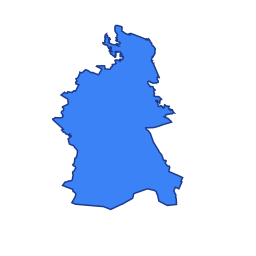 the district of Feimaņu pag., Rezeknes, Latvia, rotated 203°
{"feature_id": "27541924B82877950601433", "entity_name": "Feimaņu pag.", "entity_type": "district", "adm_level": 2, "iso_a3": "LVA", "parent_name": "Latvia", "parent_adm1": "Rezeknes", "projection": "robinson", "projection_center": [27.066, 56.267], "detail": "fine", "context": "isolated", "style": "filled", "palette": "blue", "viewbox_px": 256, "rotation_deg": 203, "n_neighbors": 0, "source": "geoboundaries", "source_scale": "gbopen_adm2", "svg_char_len": 6017}
<svg xmlns="http://www.w3.org/2000/svg" viewBox="0 0 256 256"><g transform="rotate(203 128 128)"><path d="M96.3,65.1L97.0,69.9L86.4,79.6L79.6,80.8L77.3,80.6L75.8,78.7L75.1,78.5L71.0,72.8L61.5,72.1L53.5,76.6L53.9,77.0L54.3,78.5L56.2,82.1L57.1,82.6L57.1,83.3L57.9,85.2L59.8,86.6L60.0,87.1L61.2,87.8L61.3,92.0L57.4,91.9L57.3,99.4L58.5,99.5L58.3,103.7L63.8,103.9L73.4,103.9L73.9,105.8L74.1,107.8L74.6,108.5L74.8,108.6L75.2,109.0L75.4,108.8L76.1,108.5L76.8,108.6L78.5,109.3L79.7,110.0L80.1,110.9L80.0,112.7L80.7,112.9L81.4,112.7L81.9,112.1L83.2,112.7L84.4,114.2L86.7,116.6L89.7,118.0L90.7,118.8L91.1,119.4L92.1,119.9L99.3,125.1L105.1,131.5L108.2,133.4L110.7,133.9L111.7,135.1L104.7,138.3L100.7,141.4L98.2,143.7L98.3,143.8L90.2,150.5L90.8,150.9L95.0,152.4L99.2,152.4L98.0,153.9L98.4,154.8L98.1,155.3L97.0,155.8L96.7,156.2L95.7,156.7L94.6,157.7L93.1,158.1L92.7,159.3L91.3,159.9L91.9,160.1L93.2,160.9L94.2,162.1L95.1,162.0L94.5,161.7L95.8,160.9L97.8,161.6L99.1,162.9L99.0,163.3L98.5,163.5L98.4,164.0L98.6,164.1L101.4,163.2L102.8,163.7L103.4,163.7L103.2,162.5L102.6,161.4L103.1,160.3L103.9,160.1L104.4,160.5L104.4,161.0L105.3,161.1L106.0,161.5L106.6,161.3L106.6,160.9L107.2,160.2L108.6,159.9L108.6,160.3L109.1,160.6L110.1,162.3L111.6,163.2L112.7,163.4L113.1,164.2L112.6,164.7L112.2,164.7L111.3,164.5L110.4,163.9L108.9,163.7L108.5,163.3L108.5,163.6L109.4,165.5L109.0,166.2L108.9,167.0L108.4,167.6L109.2,168.0L110.1,168.1L111.1,168.8L112.9,168.7L113.5,168.2L116.3,167.5L116.8,168.0L116.7,168.4L117.1,168.8L117.0,169.8L117.1,170.4L118.4,171.2L118.7,172.1L118.9,172.8L117.8,173.3L117.9,173.5L118.6,174.0L119.1,173.9L119.6,174.1L119.6,174.3L120.3,174.7L121.1,175.7L123.2,175.3L123.5,174.8L124.0,174.7L125.2,175.8L126.3,176.3L127.3,177.0L127.6,177.5L127.8,178.2L127.0,179.3L125.2,179.0L124.8,178.8L124.6,178.9L124.5,179.2L122.4,179.0L120.7,180.1L119.7,180.3L118.2,181.8L118.1,182.2L118.5,183.0L120.2,184.3L121.1,185.9L121.1,186.2L119.9,186.8L119.6,186.8L119.8,186.5L119.1,186.6L119.8,187.4L129.7,197.0L129.9,197.3L129.8,197.6L130.4,197.4L131.1,197.7L131.3,198.2L132.1,198.4L132.3,198.9L131.9,199.5L133.0,199.5L133.4,202.2L133.0,202.6L133.4,202.9L133.4,203.3L132.7,203.7L132.8,204.0L132.5,205.3L132.4,207.7L132.9,208.0L133.1,209.1L133.5,209.8L133.7,210.2L133.5,210.9L133.7,211.4L135.9,212.9L137.4,213.5L137.9,213.5L138.5,213.9L139.4,215.3L140.4,215.7L143.0,217.7L143.9,218.1L144.1,218.0L143.4,217.5L143.4,217.0L144.2,216.8L145.9,217.2L146.0,216.9L145.8,216.4L146.2,216.3L146.6,216.4L146.7,216.7L162.1,216.2L163.4,215.5L162.5,215.1L162.8,214.4L163.5,214.2L165.4,214.0L168.9,214.2L169.6,214.6L171.5,214.7L172.8,218.5L173.6,218.7L174.7,218.7L177.8,218.2L179.2,217.7L179.6,216.7L179.6,216.0L178.0,212.4L176.4,211.1L174.3,210.0L174.2,209.7L174.3,209.3L174.0,209.0L174.1,208.2L173.6,207.5L173.8,206.7L174.3,206.6L174.4,206.4L173.8,205.9L172.5,205.6L172.2,205.3L172.5,204.2L173.3,204.4L173.5,204.2L173.5,203.9L172.5,203.5L170.5,203.7L168.4,203.4L168.5,202.0L169.8,201.4L171.1,201.3L171.6,200.9L171.4,200.3L168.8,199.7L169.1,199.6L171.5,199.9L172.8,199.3L176.1,198.7L176.9,199.0L178.0,198.7L178.6,199.0L179.3,199.2L179.5,199.4L178.9,199.9L179.1,200.9L179.3,201.2L180.3,201.6L180.3,201.9L179.0,202.7L179.2,203.0L179.9,203.3L180.4,203.8L180.8,203.8L181.5,203.3L182.5,203.5L182.5,204.2L182.9,205.0L184.2,205.5L184.4,206.0L184.5,205.7L184.8,205.9L185.1,205.4L185.3,204.5L185.1,203.9L184.4,203.2L184.8,202.8L184.9,202.5L184.4,202.1L184.1,201.3L183.4,200.9L183.7,200.0L183.6,199.3L182.5,198.0L183.3,197.3L183.5,196.8L184.4,196.7L184.2,196.1L182.5,195.6L181.2,195.7L179.4,196.2L177.6,194.4L177.0,194.2L176.8,193.7L176.3,193.5L175.4,194.0L175.8,194.9L175.9,195.8L174.8,195.7L174.4,194.8L174.5,193.7L173.9,193.1L173.9,192.5L172.9,192.0L172.5,192.2L172.4,192.0L173.5,191.8L173.9,192.2L174.5,192.1L175.1,192.4L175.4,191.7L175.1,191.3L174.1,190.9L173.5,189.9L173.0,189.8L172.4,189.2L171.5,189.3L170.3,188.7L169.0,188.7L167.9,188.0L167.3,188.1L167.1,188.6L167.3,189.1L168.2,189.9L168.0,190.4L167.6,190.6L168.6,191.4L168.1,192.6L168.7,192.9L169.1,192.5L169.7,193.0L169.5,193.5L168.8,193.8L167.0,193.9L166.8,194.6L165.9,194.4L164.6,195.0L163.9,194.1L162.8,193.8L162.5,193.6L162.9,193.0L163.7,193.1L164.1,192.9L163.2,190.8L162.3,190.9L162.0,191.1L162.1,191.7L160.4,192.1L160.3,191.7L160.8,191.7L160.8,191.2L159.9,190.9L159.6,189.5L160.3,188.6L161.2,188.7L161.1,188.0L161.8,188.2L162.6,187.9L162.6,187.4L161.8,187.5L161.1,187.2L161.3,186.4L164.8,186.4L165.6,186.0L166.4,185.1L164.3,182.8L165.4,181.3L167.3,180.3L166.4,178.7L167.3,177.4L167.5,176.2L167.3,175.8L167.5,175.0L172.1,173.4L173.9,176.1L180.9,173.0L181.1,172.4L175.2,172.1L175.8,165.8L176.8,165.4L182.6,165.2L182.8,164.9L184.1,164.6L187.2,165.2L189.8,165.1L190.7,163.5L190.9,162.7L191.7,161.3L192.9,160.3L194.0,160.6L193.7,159.0L193.7,154.9L195.2,152.9L193.3,151.3L194.1,149.8L193.7,149.1L193.1,148.8L193.1,148.3L190.2,148.6L190.6,142.6L190.9,141.2L192.1,141.3L193.4,139.4L193.4,138.7L197.5,137.9L197.6,136.3L199.6,135.8L200.4,136.1L202.5,132.2L195.1,131.1L194.3,130.6L193.6,128.8L192.4,127.0L193.0,125.9L196.6,121.9L196.5,121.6L196.2,121.3L195.4,121.1L195.0,120.8L194.3,119.5L194.4,118.9L195.3,117.6L195.6,116.4L195.0,115.7L193.3,114.8L193.2,114.4L192.8,114.3L192.6,113.9L192.9,113.7L192.6,113.4L192.4,112.5L192.6,112.1L194.6,110.7L199.2,109.1L199.3,108.4L199.9,107.5L200.8,107.0L200.7,106.6L199.6,106.0L187.1,101.7L188.0,100.8L187.6,100.3L188.0,100.1L185.8,98.9L185.0,99.3L182.4,98.2L179.9,98.8L179.5,99.2L179.7,97.9L178.3,97.5L177.9,98.0L178.1,98.9L176.9,98.5L177.2,97.6L178.9,94.6L175.7,90.4L175.3,90.3L171.1,90.5L169.5,89.3L165.7,87.5L164.6,84.5L164.1,81.2L164.3,80.9L164.1,80.6L164.1,80.2L165.1,79.4L163.6,74.1L164.6,72.7L163.6,71.9L161.4,71.8L160.5,70.9L160.9,67.0L161.6,66.4L161.5,65.1L159.9,62.8L159.8,61.6L159.1,58.5L159.6,57.1L161.7,56.3L163.6,54.2L164.5,53.9L164.9,53.3L165.8,49.5L154.8,49.9L153.8,48.1L152.5,48.0L150.2,47.1L149.9,45.5L149.8,43.4L150.5,37.3L146.4,37.4L119.7,46.1L112.1,46.3L104.0,55.4L103.7,55.5L96.3,65.1Z" fill="#3b82f6" stroke="#1e3a8a" stroke-width="1.5"/></g></svg>